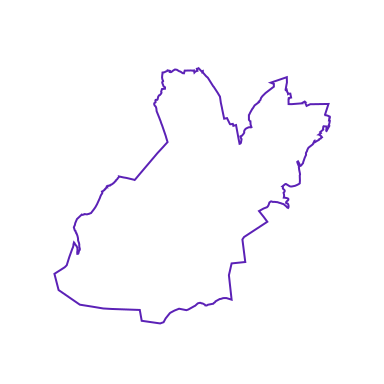 the district of Apaxco, México, Mexico, rotated 170°
{"feature_id": "50627088B64276875266492", "entity_name": "Apaxco", "entity_type": "district", "adm_level": 2, "iso_a3": "MEX", "parent_name": "Mexico", "parent_adm1": "México", "projection": "albers", "projection_center": [-99.154, 19.981], "detail": "fine", "context": "isolated", "style": "outline", "palette": "violet", "viewbox_px": 384, "rotation_deg": 170, "n_neighbors": 0, "source": "geoboundaries", "source_scale": "gbopen_adm2", "svg_char_len": 5898}
<svg xmlns="http://www.w3.org/2000/svg" viewBox="0 0 384 384"><g transform="rotate(170 192 192)"><path d="M42.3,255.0L60.3,257.9L64.2,256.9L65.2,261.0L64.9,261.0L65.3,261.5L68.2,260.5L68.1,260.2L78.5,261.2L81.6,261.8L80.9,266.3L80.7,266.4L80.7,266.9L80.3,267.1L80.3,267.7L78.0,267.8L78.1,271.8L79.9,272.0L80.4,271.8L80.4,272.1L80.3,272.8L80.5,273.2L80.9,274.2L80.9,275.4L81.0,275.8L81.0,276.2L81.8,275.8L82.0,275.9L82.1,276.4L80.3,281.3L79.5,283.3L78.7,288.6L95.5,286.0L92.6,284.2L93.1,281.5L95.1,280.5L102.4,276.7L106.0,274.2L107.6,272.7L108.7,270.7L110.9,269.1L111.0,268.9L110.8,268.7L115.3,266.4L117.7,263.7L118.0,263.6L120.9,260.1L122.3,258.1L122.6,257.9L123.4,253.2L122.5,251.5L122.2,251.4L122.6,248.3L122.2,245.5L122.7,245.4L124.5,245.9L126.2,245.6L128.0,245.0L128.6,244.6L129.7,243.5L130.1,242.7L130.3,241.3L131.4,240.1L133.3,238.6L133.9,238.6L134.6,238.4L134.3,235.9L134.0,235.5L135.3,231.9L136.0,231.3L136.8,231.2L136.9,236.1L137.0,250.3L139.8,250.0L139.9,251.5L140.0,252.0L142.2,252.0L142.7,252.1L142.8,252.2L143.0,252.7L143.0,252.8L144.7,258.7L147.6,258.6L147.9,268.2L147.9,269.8L148.1,274.8L147.9,281.1L149.1,284.1L149.1,284.3L152.4,292.0L152.7,292.3L156.4,301.4L156.7,302.0L157.9,303.4L160.3,307.4L160.9,307.7L160.4,308.3L160.5,308.9L160.4,309.3L161.6,309.1L163.9,312.6L164.1,312.4L164.6,312.6L165.8,312.5L165.6,310.4L166.9,310.3L168.1,309.8L168.9,309.2L169.0,311.4L170.8,311.3L170.4,311.5L172.2,311.9L178.1,312.8L179.3,310.3L180.4,310.6L181.1,311.2L181.6,311.7L182.4,312.5L183.7,313.2L185.7,315.0L187.5,315.6L189.4,314.9L191.4,313.8L192.1,313.7L193.2,314.1L193.2,314.8L192.9,315.2L194.6,315.9L194.6,315.7L197.2,315.1L198.4,314.7L200.3,314.8L200.5,314.2L200.5,313.4L200.9,312.7L201.6,310.0L201.6,308.2L201.5,307.4L201.2,306.8L201.2,306.1L202.3,305.3L202.3,304.4L201.6,300.9L200.4,299.8L200.7,298.4L203.7,298.6L205.0,296.0L204.8,295.1L205.4,294.2L206.9,293.0L207.7,292.9L208.7,291.8L209.8,289.2L210.0,289.0L210.4,288.8L210.6,288.9L211.8,289.0L212.3,288.1L212.2,287.1L212.3,286.7L213.8,285.9L214.0,284.8L213.7,283.5L212.9,282.5L212.6,280.7L212.8,277.7L211.3,270.6L210.9,268.4L210.7,267.6L210.3,264.8L209.9,263.0L208.1,251.5L208.0,250.3L207.9,249.4L207.4,245.4L210.8,242.8L212.3,241.6L214.8,239.7L219.4,236.2L229.0,228.2L240.7,218.5L245.8,214.2L246.4,213.8L247.1,214.2L254.0,217.2L257.1,218.3L261.2,220.0L261.2,219.7L261.4,219.4L261.8,219.1L262.2,218.8L262.8,218.4L263.4,217.6L263.9,217.3L265.1,216.6L265.3,216.0L265.8,215.7L266.3,215.5L267.0,214.8L268.0,214.3L268.8,213.8L270.3,213.2L270.5,213.3L270.8,213.1L271.3,212.9L271.5,212.9L271.8,212.6L272.0,212.8L272.2,212.7L272.6,212.8L273.1,212.6L273.7,212.7L273.8,212.5L273.9,212.3L274.2,212.1L274.8,212.1L274.8,211.9L274.9,212.0L275.0,212.1L275.1,211.9L275.6,211.4L275.9,210.9L276.2,210.5L276.8,210.3L276.9,209.9L277.1,209.8L277.6,209.6L277.7,209.4L277.9,209.3L278.1,209.0L278.5,208.9L278.9,208.8L279.4,208.4L280.6,208.1L280.5,207.4L280.4,206.8L280.9,206.0L281.8,205.2L283.0,203.5L283.7,202.2L287.6,196.5L289.8,193.8L291.5,192.1L295.1,188.8L296.9,188.5L297.4,188.3L297.8,188.4L299.3,188.2L301.0,188.7L301.4,188.9L302.0,188.9L302.3,188.6L303.8,188.5L304.1,188.5L304.5,188.9L310.0,185.3L312.4,181.6L313.1,179.8L314.5,177.8L314.1,174.5L313.5,173.9L313.6,173.2L313.4,172.7L313.1,172.3L313.2,171.5L312.9,171.2L312.8,170.9L312.8,170.2L312.6,169.8L312.4,168.4L312.3,166.1L312.4,165.4L312.4,165.1L312.6,164.6L312.4,162.6L312.2,161.9L312.1,160.0L312.3,159.3L312.4,158.1L312.5,157.5L312.4,156.3L312.3,156.0L312.5,154.7L312.8,154.3L313.2,154.2L314.6,151.2L314.8,151.0L315.2,150.9L315.7,151.0L315.6,151.8L315.5,152.7L315.0,154.1L314.6,156.6L314.7,157.6L315.0,158.2L315.3,159.3L315.7,159.8L316.2,160.8L316.6,162.1L317.0,162.8L317.8,161.1L318.2,159.6L318.8,158.3L319.2,157.6L319.5,157.3L324.1,149.3L328.1,141.6L330.4,140.0L341.7,135.3L340.4,118.6L322.0,100.5L310.1,96.4L299.6,92.7L291.6,90.8L263.9,84.9L263.9,73.9L246.2,68.1L242.6,68.7L239.9,72.1L234.9,76.5L234.1,76.9L229.8,78.3L225.0,79.3L218.0,76.6L216.1,76.9L209.2,79.3L208.7,79.4L205.7,81.3L205.1,81.4L203.8,81.5L202.7,81.3L202.0,80.7L200.9,80.4L198.9,78.8L198.6,78.0L197.2,77.7L195.9,78.2L190.4,78.3L189.8,78.9L188.6,79.4L188.2,79.7L187.9,80.2L183.2,81.8L182.3,81.7L180.2,82.0L179.8,82.1L176.6,81.6L171.7,79.1L170.1,103.7L168.8,106.7L165.4,114.8L151.7,113.8L150.6,136.5L148.6,138.6L123.0,149.6L125.7,155.0L129.3,161.6L124.4,163.3L120.8,164.0L119.8,164.7L118.7,166.1L117.6,168.2L116.8,168.6L116.0,169.0L115.6,169.0L115.0,168.7L114.2,168.2L112.7,168.0L109.5,167.1L108.1,166.3L106.2,165.4L105.3,164.8L104.6,164.5L104.0,164.2L103.4,163.6L103.1,163.1L102.6,162.6L101.4,161.1L101.2,160.6L101.0,160.3L100.1,159.6L99.8,159.9L99.5,160.6L99.3,161.5L99.4,163.1L99.6,163.7L99.9,164.1L100.9,164.5L101.2,164.8L101.1,165.6L100.3,166.4L99.1,167.0L98.5,167.6L98.3,168.3L98.7,169.0L99.9,169.6L101.4,170.2L102.6,170.5L102.0,172.0L101.9,172.8L101.8,173.9L101.9,174.4L102.0,175.3L101.0,176.1L100.7,176.5L100.5,177.0L100.5,177.4L100.7,178.0L101.7,179.3L101.9,179.6L101.8,180.2L101.6,181.0L101.7,181.6L102.0,181.8L100.4,182.7L98.7,183.6L98.1,183.6L94.8,180.7L93.6,180.2L92.3,180.1L89.4,180.2L87.3,180.7L85.4,181.3L84.4,181.8L83.7,184.7L83.3,187.6L83.0,189.7L82.6,190.3L82.5,191.2L82.6,195.4L82.5,196.7L82.5,197.7L82.1,198.3L82.3,198.8L83.1,202.7L83.1,203.4L82.3,203.8L81.4,201.3L81.1,198.8L80.0,199.1L77.6,201.2L77.3,202.1L74.9,206.4L73.2,208.8L73.2,209.9L72.8,211.0L71.8,212.1L70.9,213.8L69.6,215.4L64.9,217.9L64.3,218.4L64.3,218.7L62.6,220.9L62.6,221.0L62.4,221.1L62.4,220.5L62.0,220.2L62.0,219.8L60.3,220.5L57.9,221.3L57.6,221.9L55.8,222.4L55.5,222.9L54.5,223.3L55.0,224.4L56.8,226.4L57.1,226.5L54.8,227.6L55.4,228.7L51.9,230.7L52.0,231.4L51.3,233.6L51.0,233.9L48.0,233.1L49.2,229.0L48.9,228.7L45.3,233.2L45.8,233.8L45.1,235.1L44.1,237.5L43.9,238.4L44.7,238.6L43.7,241.5L43.3,241.4L43.2,242.3L44.8,243.4L45.9,244.0L46.9,244.4L47.4,244.5L47.6,245.0L42.3,255.0Z" fill="none" stroke="#5b21b6" stroke-width="2"/></g></svg>